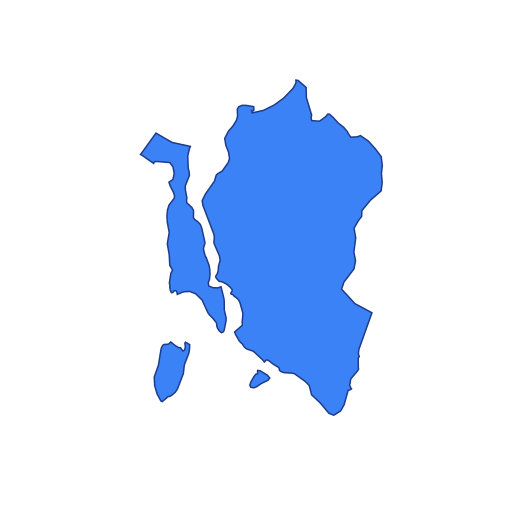 Çanakkale, Equal Earth projection, rotated 300°
{"feature_id": "TUR-2239", "entity_name": "Çanakkale", "entity_type": "Province", "adm_level": 1, "iso_a3": "TUR", "parent_name": "Turkey", "parent_adm1": "", "projection": "equal_earth", "projection_center": [26.526, 40.093], "detail": "fine", "context": "isolated", "style": "filled", "palette": "blue", "viewbox_px": 512, "rotation_deg": 300, "n_neighbors": 0, "source": "natural_earth", "source_scale": "10m", "svg_char_len": 3706}
<svg xmlns="http://www.w3.org/2000/svg" viewBox="0 0 512 512"><g transform="rotate(300 256 256)"><path d="M264.8,384.8L226.5,391.8L222.4,393.6L220.6,395.7L218.7,395.6L210.7,400.3L209.3,401.4L207.1,401.4L197.5,399.6L195.6,399.9L193.2,401.1L191.3,401.4L189.6,403.4L189.3,403.9L188.8,405.1L187.5,404.7L185.6,403.0L171.2,406.7L164.0,406.7L157.0,403.0L156.2,397.8L160.8,385.3L163.6,373.5L170.5,366.8L172.0,361.3L173.3,348.1L172.5,345.6L169.1,338.9L168.4,335.8L168.6,333.7L169.4,332.9L170.3,332.4L170.8,331.0L170.9,325.3L171.8,319.0L171.2,316.9L168.4,316.3L169.4,313.6L172.1,301.7L172.0,300.2L171.0,295.5L170.9,293.4L171.4,291.3L173.0,288.0L173.4,286.1L174.1,283.9L178.0,277.2L179.6,275.5L189.3,278.8L192.1,276.9L198.2,274.2L200.1,273.0L207.8,265.2L209.4,262.5L209.9,260.5L210.2,257.5L210.8,256.0L210.9,255.1L210.7,254.0L210.7,253.1L211.4,252.7L213.3,252.8L214.3,252.6L215.1,251.9L216.2,248.9L216.9,244.5L216.8,240.0L215.6,236.5L216.8,233.0L217.7,231.5L219.0,231.2L221.3,231.3L223.8,230.8L228.5,228.6L234.5,227.0L237.9,224.1L245.9,213.4L247.5,212.3L249.1,211.7L251.6,210.4L253.9,208.5L273.2,184.8L277.0,181.7L284.4,181.2L300.0,182.6L306.2,181.1L308.2,181.7L312.9,184.3L323.2,185.2L327.2,184.3L332.2,180.3L336.7,174.6L342.2,170.1L350.6,169.7L356.7,171.0L363.7,171.2L367.7,170.2L373.8,166.4L376.6,166.4L379.6,168.7L381.5,172.1L384.2,179.3L381.7,181.1L380.5,181.1L379.6,180.1L379.6,179.9L379.3,180.4L378.0,181.1L385.8,189.6L395.9,196.3L406.6,201.0L419.5,204.2L424.5,204.2L426.5,203.8L428.3,202.6L429.1,204.7L427.1,215.1L418.4,220.4L405.9,233.7L403.1,234.7L401.1,236.5L404.5,243.6L411.6,246.7L414.8,247.2L415.6,248.7L414.6,253.4L412.2,261.0L411.4,267.3L409.4,272.9L408.2,274.6L406.3,278.6L409.5,283.7L412.5,286.3L411.7,295.9L408.5,305.7L404.7,314.7L397.6,320.1L389.9,323.5L382.7,328.6L374.9,331.8L361.5,327.2L348.2,325.0L343.2,327.7L337.5,327.0L329.1,327.0L321.4,333.4L308.3,338.8L301.6,344.6L293.8,347.3L277.4,345.2L270.1,346.7L264.2,365.5L264.8,384.8ZM318.1,144.4L315.6,144.7L308.7,146.8L298.3,153.3L295.6,155.9L292.4,158.1L281.3,159.7L277.9,161.8L272.0,166.9L269.6,168.0L267.5,169.4L265.9,176.4L264.0,179.3L258.2,182.5L257.0,184.3L256.6,188.3L255.5,192.1L252.8,195.3L242.8,204.5L241.6,205.4L236.3,206.7L233.9,208.7L230.1,212.6L230.0,213.5L229.1,214.4L224.4,220.1L221.1,222.8L217.0,225.4L212.7,227.3L208.9,228.1L206.4,230.1L207.0,234.5L209.3,238.9L211.9,241.1L203.2,249.4L200.5,251.4L193.3,255.6L187.8,260.8L185.6,262.2L176.0,265.5L174.1,265.7L172.3,264.4L172.8,261.6L174.2,258.8L175.3,257.5L178.3,255.2L180.3,250.2L181.7,245.2L182.7,242.9L190.9,231.3L193.1,222.8L192.2,216.3L188.8,211.2L183.4,207.0L185.3,205.5L185.9,203.9L185.1,202.6L182.8,202.2L181.9,201.1L183.6,198.8L186.0,196.8L187.2,196.4L189.2,194.5L198.5,190.9L202.1,190.8L204.8,186.0L213.7,180.2L222.2,173.1L232.9,169.1L240.9,162.3L246.0,158.9L251.7,156.3L256.6,155.2L265.1,156.3L267.6,155.2L270.0,152.5L273.8,146.6L276.4,143.7L280.7,145.8L286.5,143.9L291.6,139.6L293.8,134.6L288.3,122.9L286.8,120.8L285.0,121.1L285.1,119.9L286.3,106.0L286.1,105.3L312.4,107.9L312.4,126.6L318.1,144.4ZM146.1,238.0L146.1,242.9L142.1,245.0L138.0,246.5L125.8,248.4L117.8,251.9L101.4,254.5L97.7,254.2L93.3,252.7L91.2,251.5L90.3,250.2L82.9,247.6L82.9,246.1L87.1,239.3L93.0,233.1L100.3,228.4L112.6,226.1L128.2,220.2L130.5,219.9L132.7,220.1L133.9,221.2L134.9,223.0L136.3,224.5L138.8,225.0L138.8,226.6L138.3,228.6L138.0,231.6L138.0,234.6L138.8,236.5L137.2,240.2L139.0,241.2L142.2,240.1L144.9,238.0L146.1,238.0ZM154.7,316.3L157.7,314.6L158.7,316.9L158.5,325.3L157.2,328.9L154.4,328.6L148.5,324.5L143.1,321.9L140.7,320.0L139.7,317.1L141.1,315.2L144.4,314.5L150.9,314.5L152.1,314.8L152.9,314.8L153.7,315.1L154.7,316.3Z" fill="#3b82f6" stroke="#1e3a8a" stroke-width="1.5"/></g></svg>